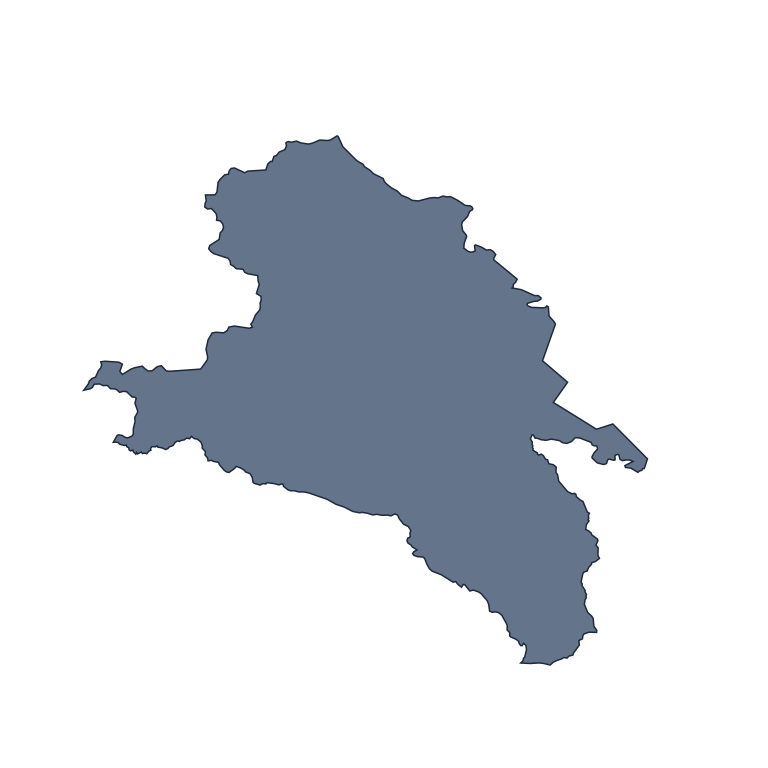 Machadinho D'Oeste, Rondônia, Brazil (Robinson projection), rotated 289°
{"feature_id": "56859067B12494646191550", "entity_name": "Machadinho D'Oeste", "entity_type": "district", "adm_level": 2, "iso_a3": "BRA", "parent_name": "Brazil", "parent_adm1": "Rondônia", "projection": "robinson", "projection_center": [-62.078, -9.19], "detail": "fine", "context": "isolated", "style": "filled", "palette": "slate", "viewbox_px": 768, "rotation_deg": 289, "n_neighbors": 0, "source": "geoboundaries", "source_scale": "gbopen_adm2", "svg_char_len": 6171}
<svg xmlns="http://www.w3.org/2000/svg" viewBox="0 0 768 768"><g transform="rotate(289 384 384)"><path d="M218.3,665.9L220.3,665.4L223.2,661.4L230.4,658.1L232.2,655.8L234.3,651.0L240.7,645.3L245.0,644.4L248.0,644.8L249.5,643.8L250.8,644.1L253.1,641.5L254.3,641.4L258.0,636.7L259.4,636.6L260.8,634.8L269.1,633.8L271.2,634.2L273.3,637.0L277.3,637.2L281.1,638.9L282.6,638.5L284.9,641.6L289.2,644.5L291.7,642.0L298.7,639.9L300.8,636.8L305.5,637.3L306.9,636.3L309.0,629.6L310.6,628.3L311.8,625.1L312.1,622.1L316.8,621.1L321.3,622.4L322.0,621.2L323.4,621.4L326.5,620.0L328.7,620.2L329.1,618.0L337.7,610.4L338.2,607.3L340.1,602.6L342.0,601.5L342.7,599.8L341.4,597.8L342.0,592.7L349.1,580.8L354.7,577.7L356.5,575.3L361.5,573.9L362.8,570.5L362.3,565.8L365.6,563.3L365.5,561.1L368.2,558.0L368.9,555.5L367.2,553.3L367.5,552.1L368.8,551.5L369.9,546.2L371.4,546.1L372.5,544.9L374.2,544.8L375.2,543.5L377.3,543.2L379.9,540.3L384.1,540.6L384.4,541.9L381.9,544.6L382.6,546.0L382.5,550.9L383.5,555.5L386.3,560.1L386.7,562.3L387.6,568.4L386.6,572.1L387.4,576.3L390.7,580.1L395.6,582.3L396.7,587.0L396.2,598.8L394.3,600.6L393.9,602.5L394.7,605.3L392.1,607.1L387.1,605.0L383.0,604.4L381.8,604.8L378.9,611.2L379.3,617.6L380.2,619.2L381.5,620.3L385.1,620.2L386.3,621.3L386.7,626.2L387.6,627.2L391.6,625.6L393.4,627.6L393.5,629.1L389.6,631.7L389.1,634.3L390.9,637.4L392.1,641.2L391.9,644.7L385.2,638.3L383.7,639.5L384.8,644.8L383.1,652.9L385.0,653.9L386.2,655.9L387.9,655.9L388.8,657.6L399.0,657.5L420.7,613.4L410.4,599.6L421.7,550.1L445.4,557.0L457.6,526.3L495.6,526.6L496.8,526.3L498.5,524.2L501.9,518.0L510.4,514.3L510.9,512.6L509.0,511.8L507.8,509.6L504.5,498.6L504.6,495.0L505.7,493.3L507.0,493.4L510.9,498.8L512.4,502.2L515.3,504.7L516.6,504.4L517.8,501.0L516.6,497.6L517.9,483.0L516.5,473.8L518.0,474.5L520.5,473.9L523.0,475.3L526.5,475.8L537.1,447.5L538.2,446.9L542.8,447.5L544.9,444.2L545.6,441.0L544.0,437.2L545.1,431.9L545.3,425.3L544.3,424.5L539.6,426.9L537.8,425.1L536.9,423.1L536.8,420.2L538.5,415.2L543.2,414.0L550.4,414.1L551.8,413.0L554.6,408.5L560.0,405.5L563.0,405.4L569.6,408.5L575.2,408.8L577.4,410.9L578.8,410.8L580.0,409.5L580.5,407.5L579.3,402.7L581.6,394.2L582.7,386.7L582.4,384.7L581.5,383.1L580.9,378.6L577.6,374.7L576.7,370.9L574.8,366.7L568.3,357.0L566.8,350.7L567.8,346.2L568.1,339.1L570.7,333.9L571.9,327.1L574.1,320.9L575.6,318.3L578.0,316.4L579.4,305.6L581.5,301.3L583.1,294.8L584.9,292.6L586.3,285.6L594.9,267.9L603.1,260.1L603.3,258.8L597.3,253.9L595.9,251.6L593.8,243.9L588.5,238.0L586.3,234.5L584.9,227.0L585.1,222.0L582.4,217.7L582.2,214.9L581.2,213.5L579.9,212.7L577.3,214.3L573.2,213.8L569.2,209.4L564.9,207.8L563.4,205.8L558.0,205.9L557.6,204.4L554.3,202.5L547.9,202.6L540.9,185.8L538.4,183.4L539.6,172.4L538.0,169.2L535.0,168.2L531.7,168.6L530.0,165.3L523.9,162.3L520.6,161.5L510.9,163.6L507.8,162.6L504.6,153.6L499.5,156.2L496.3,156.1L493.0,156.9L492.0,160.3L493.7,163.6L492.0,167.1L490.2,170.0L487.3,171.7L484.3,172.4L484.9,176.2L482.8,179.4L479.8,181.3L476.7,181.3L473.6,179.9L467.1,181.1L458.2,174.1L454.8,174.2L452.9,177.2L451.8,180.9L452.1,195.6L450.2,198.4L447.1,200.0L446.4,203.5L444.9,206.7L446.6,213.4L444.3,215.8L443.9,219.5L445.4,229.3L440.1,231.6L437.6,233.6L428.0,233.9L426.8,239.2L423.6,240.5L420.0,240.5L417.0,241.9L413.8,242.4L407.4,240.0L400.4,239.6L397.3,238.6L394.8,241.1L392.8,238.3L390.1,223.7L387.3,218.8L383.6,218.4L380.2,215.8L378.2,208.2L376.3,204.9L368.5,203.3L358.9,204.4L352.5,208.3L349.3,209.1L338.4,205.8L326.3,177.3L325.5,173.9L328.8,167.6L326.6,163.9L321.1,160.6L319.5,156.9L320.6,152.9L322.2,149.7L318.2,142.9L315.6,139.8L307.9,133.6L309.8,130.2L317.6,130.2L318.3,126.2L314.7,112.8L312.8,109.0L310.1,110.8L306.9,111.0L303.9,109.7L296.6,109.0L294.1,106.1L290.8,104.4L287.7,104.4L280.3,102.1L283.8,107.7L285.8,109.4L289.5,110.1L291.5,115.3L291.0,118.9L292.6,122.9L290.5,126.9L291.7,131.1L291.5,133.5L290.0,136.7L292.2,139.9L293.0,143.0L289.7,150.1L290.4,152.3L289.9,154.3L284.7,154.8L278.5,159.7L276.9,160.3L271.4,159.2L267.3,160.9L260.2,161.5L254.9,163.3L252.5,162.5L249.6,159.2L249.3,156.9L250.1,153.1L249.5,149.5L248.4,148.4L240.7,147.0L241.8,149.5L242.1,152.0L241.0,153.5L241.3,158.3L242.3,160.3L241.0,161.2L240.6,163.4L238.7,164.5L238.2,166.1L239.8,168.0L238.3,169.1L236.8,172.2L238.8,172.5L237.7,173.8L240.7,176.7L239.6,178.2L240.7,180.0L240.8,182.4L243.8,183.5L245.6,185.2L246.7,184.2L249.2,184.9L250.3,188.5L251.6,189.5L250.7,190.6L251.3,194.7L251.0,199.0L252.5,200.6L254.4,201.3L257.2,204.6L261.1,205.7L262.9,207.4L263.1,209.4L264.2,210.0L266.2,213.4L268.7,215.1L268.9,218.0L271.8,218.9L270.6,222.2L271.1,225.6L269.5,229.8L266.3,232.4L264.2,232.9L261.9,237.2L258.6,237.8L256.9,241.0L254.1,242.7L255.7,245.8L255.3,247.7L256.0,253.2L254.2,254.5L250.3,261.2L249.6,263.5L249.8,266.2L254.7,269.7L258.0,271.2L257.9,275.6L257.3,279.1L255.8,281.9L255.6,286.4L253.1,289.6L248.4,292.2L247.8,293.7L248.1,299.8L250.3,301.8L251.0,304.8L252.6,305.6L254.1,312.8L254.4,317.5L256.2,319.7L256.4,321.0L254.5,322.4L252.6,327.8L252.7,330.8L253.9,333.9L254.1,338.0L255.9,343.6L256.5,348.3L256.5,367.5L254.6,377.9L254.7,386.4L253.3,396.0L254.3,403.1L255.4,404.7L256.4,410.4L256.5,415.9L258.4,419.5L259.2,424.8L261.2,430.1L261.6,433.5L264.6,436.5L264.6,439.4L261.4,442.5L257.8,448.2L257.1,453.5L254.2,457.1L251.6,457.0L248.0,458.6L245.9,456.6L243.3,456.7L241.5,458.3L240.4,462.3L239.2,463.6L237.9,469.2L235.2,466.9L233.0,466.2L231.7,468.0L231.7,472.3L233.1,476.9L232.3,479.2L227.7,483.1L224.2,487.0L222.7,490.5L222.3,500.2L219.1,513.9L220.6,516.1L218.6,519.0L217.1,523.4L220.2,524.2L220.6,525.6L216.2,532.6L218.2,535.4L218.2,541.1L217.2,544.5L212.7,552.1L209.8,554.7L203.6,557.8L203.4,560.6L205.0,564.0L205.0,567.4L203.6,570.8L197.2,577.9L195.6,579.2L191.5,580.5L189.9,583.8L186.8,584.8L186.1,586.1L185.6,592.1L184.6,594.8L182.3,596.7L181.1,598.7L181.7,599.9L184.2,600.4L183.2,603.2L179.3,605.2L171.2,606.0L170.3,605.2L167.7,605.5L164.7,604.1L167.4,613.4L170.6,621.0L171.7,625.4L172.4,632.6L176.0,634.6L178.8,637.4L182.0,641.6L183.9,643.0L184.4,646.3L186.8,647.3L189.3,650.9L191.4,650.8L200.8,653.7L204.9,651.7L207.6,654.6L210.9,654.0L213.1,654.7L216.2,658.9L218.3,665.9Z" fill="#64748b" stroke="#1e293b" stroke-width="1.5"/></g></svg>